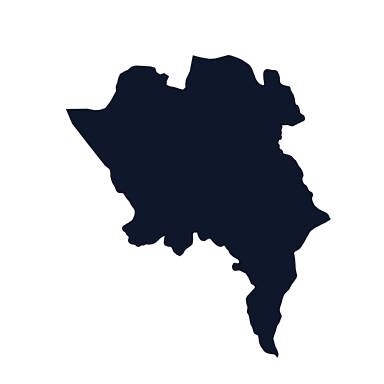 the district of Sherzhong, Geylegphug, Bhutan, rotated 103°
{"feature_id": "84629894B44966098423273", "entity_name": "Sherzhong", "entity_type": "district", "adm_level": 2, "iso_a3": "BTN", "parent_name": "Bhutan", "parent_adm1": "Geylegphug", "projection": "mercator", "projection_center": [90.569, 26.924], "detail": "fine", "context": "isolated", "style": "filled", "palette": "ink", "viewbox_px": 384, "rotation_deg": 103, "n_neighbors": 0, "source": "geoboundaries", "source_scale": "gbopen_adm2", "svg_char_len": 5863}
<svg xmlns="http://www.w3.org/2000/svg" viewBox="0 0 384 384"><g transform="rotate(103 192 192)"><path d="M140.0,332.3L151.9,323.6L168.6,303.1L185.2,282.4L187.7,277.1L188.9,276.3L190.6,275.4L195.0,274.3L198.0,272.8L200.6,271.1L204.0,267.8L207.5,265.5L208.7,263.3L208.0,259.7L208.3,258.0L211.6,254.9L215.1,250.2L217.8,248.1L220.3,245.2L221.4,244.0L223.4,242.6L227.4,242.1L231.1,242.8L232.2,242.9L234.8,244.6L240.9,250.8L241.6,251.2L242.8,251.3L243.6,251.0L244.5,250.4L245.1,249.3L245.5,248.3L246.0,247.2L247.9,245.7L249.1,243.5L249.9,242.7L253.1,242.8L254.0,242.5L255.0,241.6L255.8,239.7L255.6,235.5L255.7,234.8L256.6,234.0L256.8,233.1L256.7,231.7L254.6,229.3L254.2,227.1L252.6,225.5L252.2,222.1L250.9,218.8L249.0,216.6L243.4,212.7L240.1,209.5L240.3,208.7L240.8,208.2L241.8,207.9L244.0,207.8L245.5,207.8L247.2,207.5L248.2,207.1L249.3,206.3L249.6,205.6L249.8,204.1L249.8,202.8L249.5,201.0L249.8,199.4L250.3,198.7L253.9,196.1L255.9,192.6L255.9,191.4L256.6,190.2L256.3,189.5L255.0,188.3L253.7,187.4L251.3,186.8L248.8,185.7L244.3,181.7L242.3,180.5L238.3,180.9L233.0,182.4L231.9,182.3L230.7,181.4L230.0,180.2L229.6,178.3L230.3,177.0L232.9,175.7L234.5,174.5L236.1,172.7L236.5,171.8L236.4,169.0L233.4,166.2L232.7,164.7L232.8,163.7L233.0,162.9L235.4,160.0L237.3,156.7L238.4,153.9L238.2,151.4L236.7,149.7L236.3,148.8L236.4,147.8L239.1,145.0L240.4,142.8L243.2,140.7L245.0,137.4L245.9,135.1L246.6,132.0L248.0,130.2L249.4,129.5L250.7,129.6L251.7,130.6L252.1,131.7L252.1,134.3L252.8,135.2L255.0,135.6L256.7,135.1L258.0,134.1L258.5,132.6L256.9,128.3L258.6,121.1L262.0,117.4L267.6,113.2L268.3,110.6L270.0,108.4L272.0,108.8L281.1,114.1L283.4,114.7L284.7,114.6L288.6,113.1L290.6,111.8L292.5,111.1L295.6,111.0L296.7,110.6L298.8,108.5L307.4,104.6L308.5,103.6L309.2,102.8L315.1,99.4L315.5,98.5L315.8,96.9L316.0,96.0L316.0,95.2L317.2,94.4L319.7,93.4L321.9,92.6L322.7,92.3L323.5,91.9L324.3,91.4L325.7,90.5L326.6,89.7L329.2,86.8L330.1,85.8L330.9,84.6L331.1,83.7L331.4,82.3L331.5,79.4L331.1,76.0L331.1,75.1L331.4,73.9L333.0,72.0L331.7,71.8L330.8,72.0L329.9,72.4L329.0,72.9L328.1,73.4L327.3,74.0L325.0,75.8L323.4,77.0L322.6,77.5L317.3,80.2L316.4,80.5L315.4,80.5L313.4,80.4L311.5,80.2L309.5,79.9L303.6,79.6L302.6,79.4L300.8,78.7L299.9,78.3L298.9,78.1L296.0,77.7L294.0,77.4L293.0,77.3L291.4,78.4L289.8,79.6L289.0,80.1L288.0,80.5L287.1,80.7L286.1,80.9L285.1,80.9L284.1,80.9L280.2,80.5L276.3,80.4L275.3,80.4L273.3,80.1L271.4,79.8L270.4,79.5L269.5,79.0L268.7,78.5L264.5,75.9L262.5,75.6L260.7,75.0L258.8,74.4L255.2,72.8L253.3,72.1L252.4,71.7L251.4,71.5L250.4,71.4L249.5,71.6L247.8,72.6L246.0,73.4L244.2,74.2L243.2,74.5L242.3,74.8L239.4,75.6L236.6,76.5L233.8,77.4L231.0,78.5L230.1,78.9L229.3,79.5L228.4,79.7L227.5,79.3L226.6,78.9L225.8,78.3L224.6,76.7L223.9,76.0L223.2,75.3L222.4,74.8L221.5,74.3L219.7,73.6L215.0,71.9L211.2,70.9L207.4,69.7L204.6,68.9L203.7,68.5L202.8,68.0L202.0,67.4L200.5,66.1L199.0,64.8L198.4,64.1L196.4,61.8L193.8,58.8L191.4,55.7L190.7,55.0L188.6,52.9L188.1,52.3L187.3,51.7L186.7,52.2L186.3,52.8L184.8,53.8L184.2,54.3L183.4,55.3L182.8,56.5L182.6,57.3L182.4,58.2L182.2,59.1L181.8,61.1L181.5,62.0L181.2,63.2L181.1,64.2L180.4,65.8L179.2,67.8L178.9,68.8L178.1,69.9L176.5,71.3L175.7,72.0L173.5,73.5L172.4,74.0L171.2,74.4L170.4,74.5L169.5,74.2L167.8,74.0L166.9,74.5L166.1,75.3L165.8,76.0L165.4,77.6L165.0,78.5L164.3,79.3L163.4,80.1L161.7,81.2L161.1,81.8L160.5,82.7L160.1,83.5L159.7,84.6L159.0,85.6L157.7,86.7L155.6,87.8L154.6,88.2L153.8,88.1L153.0,88.1L151.4,87.8L150.7,87.9L149.7,88.3L148.8,88.7L146.2,90.6L144.9,91.9L143.7,93.5L142.8,94.5L142.0,95.3L139.1,97.7L138.3,98.6L137.8,99.8L136.2,101.9L135.3,103.4L134.8,105.7L134.7,110.1L134.4,112.1L133.6,112.7L132.2,113.2L131.2,114.5L130.9,115.8L130.5,116.7L129.4,117.3L128.7,117.5L127.6,117.6L126.9,117.8L125.5,119.4L124.8,119.8L123.6,119.8L122.7,119.6L121.5,119.7L120.6,119.4L120.7,118.1L120.2,117.5L119.5,117.3L118.2,117.6L116.3,118.7L114.9,118.4L113.5,118.6L112.7,119.2L111.8,119.6L109.8,119.2L108.1,119.4L106.8,119.9L106.0,120.0L105.6,119.0L105.5,117.3L104.9,115.6L104.5,114.0L104.5,113.0L104.8,111.1L104.7,109.4L104.5,108.7L103.6,107.6L103.0,107.0L102.1,105.8L101.3,105.1L100.5,103.9L99.9,102.9L98.7,102.0L97.6,100.1L96.5,99.2L95.8,99.0L94.4,99.4L92.7,100.6L92.5,102.1L92.2,102.9L90.9,105.0L89.2,105.7L87.6,106.4L86.9,106.7L85.3,107.8L84.6,108.4L84.2,109.1L84.2,110.1L83.8,111.0L83.0,111.6L82.1,112.0L81.2,112.4L78.4,113.4L76.7,114.4L75.8,114.9L75.0,115.4L74.3,116.1L70.6,119.4L68.8,120.1L68.1,120.7L67.9,121.7L68.0,123.7L68.0,125.7L67.9,126.7L67.8,127.7L67.5,128.6L67.2,129.6L66.7,130.4L66.0,131.1L64.2,132.0L63.3,132.3L62.3,132.5L61.3,132.7L60.4,133.1L59.5,133.5L58.7,134.0L57.9,134.6L57.1,135.2L56.3,135.8L55.6,136.5L55.3,137.4L55.3,138.9L55.7,140.1L55.9,142.1L55.9,143.1L55.9,145.1L56.0,146.1L56.3,147.0L57.0,147.7L57.8,148.2L58.8,148.5L59.7,148.5L60.7,148.4L61.7,148.2L63.6,147.7L65.5,147.1L70.1,145.3L71.0,145.1L72.0,145.4L72.6,146.1L72.9,147.1L72.7,148.0L72.2,149.9L71.8,150.9L71.4,151.8L70.9,152.6L70.3,153.4L68.9,154.8L68.2,155.5L67.4,156.1L66.6,156.7L65.7,157.2L64.9,157.6L62.5,159.4L59.2,161.6L58.4,162.2L57.7,162.9L56.4,164.3L55.4,166.1L54.6,167.9L53.7,170.7L53.3,171.6L52.9,172.5L52.6,173.4L51.7,178.3L51.3,181.3L51.2,183.3L51.0,184.2L51.0,185.2L51.0,186.2L51.2,187.2L51.5,188.1L52.5,189.9L55.3,195.1L56.2,196.8L57.1,198.6L57.5,199.5L57.8,200.5L58.1,201.4L58.9,204.3L59.1,205.4L59.2,207.3L59.4,209.3L59.5,211.3L59.6,215.3L59.4,221.2L69.4,220.8L74.4,220.5L78.9,221.4L83.6,222.5L87.7,222.2L91.6,221.1L95.1,223.4L94.9,228.1L94.5,232.3L94.7,237.4L94.0,241.5L89.5,242.3L84.9,241.2L83.2,245.8L85.5,249.3L83.9,253.9L79.9,256.3L79.7,260.5L81.3,270.3L82.2,275.1L84.2,278.8L87.8,281.2L90.3,284.6L93.5,288.0L98.0,288.8L102.0,288.7L106.3,289.3L110.8,288.0L121.4,290.9L125.9,292.8L130.3,294.8L133.6,300.4L135.0,305.4L135.0,309.0L135.1,311.7L135.2,312.8L140.0,332.3Z" fill="#0f172a" stroke="#020617" stroke-width="1.5"/></g></svg>